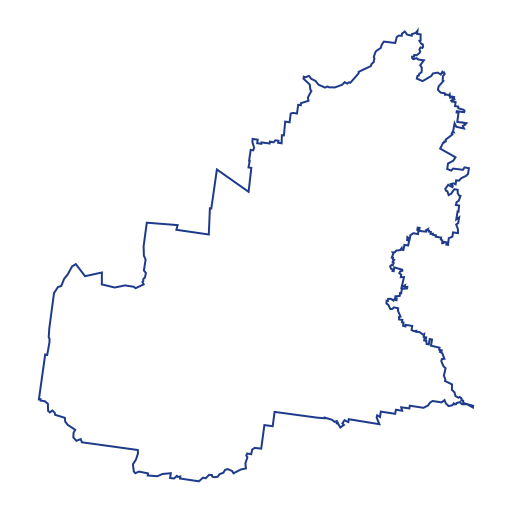 Toowoomba, Queensland, Australia (Mercator projection)
{"feature_id": "25037944B99590448240631", "entity_name": "Toowoomba", "entity_type": "district", "adm_level": 2, "iso_a3": "AUS", "parent_name": "Australia", "parent_adm1": "Queensland", "projection": "mercator", "projection_center": [151.96, -27.48], "detail": "fine", "context": "isolated", "style": "outline", "palette": "blue", "viewbox_px": 512, "rotation_deg": 0, "n_neighbors": 0, "source": "geoboundaries", "source_scale": "gbopen_adm2", "svg_char_len": 5972}
<svg xmlns="http://www.w3.org/2000/svg" viewBox="0 0 512 512"><path d="M245.9,468.4L245.4,463.3L247.4,457.2L246.3,455.5L247.2,453.5L251.2,454.2L252.2,449.6L254.7,447.9L261.2,448.6L264.4,425.1L272.7,426.2L274.6,411.9L316.7,417.6L324.7,418.3L324.7,417.6L332.1,419.8L334.6,421.9L336.7,421.1L336.7,422.8L337.5,422.7L337.1,423.5L338.2,423.8L340.3,427.5L343.9,424.9L342.4,423.4L344.5,420.2L348.3,422.1L348.8,419.2L379.4,424.2L376.6,417.5L377.2,415.3L380.0,417.0L380.8,411.6L395.2,413.8L395.9,409.8L402.2,410.7L401.2,407.3L409.4,408.4L409.8,405.7L423.5,407.8L428.0,405.5L430.1,402.5L432.6,401.0L441.7,402.4L444.5,400.1L445.8,403.3L448.6,406.1L452.2,405.3L453.8,403.4L454.5,404.4L456.2,404.1L456.5,403.1L459.8,402.1L462.1,404.3L467.1,404.2L472.9,407.5L473.1,405.8L463.3,403.0L463.2,400.7L461.3,400.4L461.6,398.5L459.7,397.0L458.5,397.7L455.5,396.1L454.5,392.4L451.9,389.8L452.0,384.4L445.0,381.0L445.4,379.7L443.9,375.6L445.6,368.2L443.5,366.3L441.3,361.1L441.9,359.0L444.4,358.8L442.3,353.2L439.2,351.5L441.3,351.8L441.7,350.3L439.2,349.8L439.5,347.7L431.0,345.7L432.0,339.5L429.7,339.1L428.8,344.4L426.6,344.0L426.3,340.8L424.2,340.5L424.5,338.2L426.0,338.5L426.2,337.4L423.7,337.0L424.1,334.2L423.3,334.8L419.6,332.1L416.2,331.8L416.3,330.8L414.1,331.2L411.6,330.1L412.2,325.9L405.6,324.9L405.4,326.4L403.1,325.8L403.5,322.6L402.0,322.3L402.4,319.9L399.1,319.5L399.0,317.0L400.5,316.6L397.9,310.6L398.2,308.3L394.0,307.4L392.0,309.1L390.3,309.0L388.3,304.8L386.4,303.5L386.6,300.8L387.8,301.0L388.1,298.9L390.8,298.8L393.3,300.5L393.5,299.6L396.5,300.1L396.7,298.4L395.2,298.2L395.4,296.3L399.7,295.9L400.1,293.0L401.2,293.2L401.9,288.9L407.1,288.4L407.3,286.9L405.3,287.0L404.6,286.5L404.9,285.4L401.6,287.3L404.0,277.1L400.8,277.1L401.2,274.7L399.3,273.1L400.2,271.4L402.4,270.7L402.2,269.7L394.2,267.4L393.7,271.2L392.5,271.0L392.8,269.5L391.0,268.7L390.1,266.3L391.8,264.8L392.7,265.2L393.7,263.0L392.6,262.0L394.1,259.9L392.8,259.4L393.0,257.7L391.8,257.5L393.4,253.5L392.6,252.4L394.9,252.3L396.2,250.6L400.2,250.1L401.6,248.1L401.8,249.7L403.4,250.0L404.4,244.9L408.1,245.5L409.2,240.4L407.1,240.1L407.4,237.1L409.7,239.0L410.4,235.2L413.4,233.2L418.0,234.1L418.5,230.8L417.3,230.1L417.7,227.6L419.6,227.9L419.1,230.8L422.2,231.3L426.0,231.6L426.1,230.1L427.7,229.2L427.3,230.2L429.0,230.5L428.8,231.6L430.9,232.0L430.6,233.9L432.9,233.7L432.8,234.8L435.9,235.3L435.7,236.7L441.1,237.6L440.8,239.5L442.3,240.3L442.2,243.2L443.5,243.1L444.1,241.9L446.5,242.3L446.3,244.6L448.0,244.9L448.8,238.1L452.4,236.7L453.0,232.4L458.0,233.1L457.9,229.1L456.2,224.5L458.2,223.1L459.1,217.4L456.3,219.4L457.6,211.4L458.5,211.6L459.1,205.5L455.9,205.0L456.6,202.1L458.7,200.8L460.5,196.0L459.1,195.6L457.7,193.1L457.7,189.8L454.3,189.2L451.2,193.7L448.7,195.1L447.3,191.2L445.9,190.6L445.3,188.9L448.2,184.8L452.3,187.1L452.8,186.1L451.0,184.0L453.4,183.4L455.6,184.3L456.2,180.3L459.0,180.7L461.2,178.2L465.9,176.0L468.0,174.0L468.9,168.2L464.5,167.4L463.0,169.8L453.1,168.6L451.2,170.6L447.2,169.0L448.0,163.5L453.2,160.8L455.5,157.3L440.2,148.6L443.0,143.0L444.3,142.4L444.2,141.6L445.8,141.4L445.7,139.6L452.3,134.6L451.7,133.6L452.3,132.4L453.8,132.4L453.1,131.2L454.6,123.3L456.3,126.8L464.0,128.5L462.8,125.9L465.0,124.8L464.2,123.4L465.5,124.1L466.4,123.2L457.3,121.9L458.5,112.7L456.6,112.5L456.8,111.2L464.1,112.2L464.6,111.0L463.7,109.8L458.3,108.3L458.2,106.6L455.0,106.1L455.6,102.1L451.7,101.5L451.2,100.6L454.5,99.4L454.2,98.5L451.6,98.4L453.6,97.9L454.0,97.0L451.8,96.5L450.2,97.5L449.7,94.2L448.8,95.4L446.4,94.4L445.1,94.9L444.8,93.3L440.6,92.6L437.9,89.8L438.6,86.5L443.4,80.9L442.7,80.4L442.9,76.1L444.7,74.0L443.9,72.3L442.8,72.7L442.3,71.9L440.8,74.5L437.6,72.6L432.9,73.5L431.3,76.0L422.6,81.1L416.8,78.6L417.5,75.8L418.8,75.6L419.1,74.0L421.6,72.1L421.8,67.6L420.2,65.2L423.9,60.3L418.3,59.5L416.6,58.2L413.3,59.2L412.2,58.1L412.1,56.7L414.0,56.6L414.3,55.0L416.5,55.3L419.4,53.1L420.2,51.8L419.4,49.6L420.5,47.5L422.4,47.9L423.1,46.8L422.8,44.4L421.4,44.0L419.4,40.8L420.6,40.3L420.6,34.4L417.1,33.9L417.5,30.7L415.7,32.9L411.9,34.1L411.7,35.7L407.1,34.6L404.8,31.5L402.0,33.6L401.7,35.8L398.9,35.6L396.8,36.9L395.2,43.0L383.9,41.6L381.9,44.4L380.8,47.9L376.2,51.0L375.1,52.8L373.8,57.1L374.4,58.4L373.7,62.1L371.4,64.2L370.8,66.1L358.7,71.8L358.6,73.4L350.3,82.8L349.0,82.3L347.1,83.6L344.6,82.2L342.3,84.7L335.0,87.4L329.1,87.3L327.5,86.5L325.1,87.6L318.5,84.7L315.5,80.9L311.2,78.8L309.0,75.9L305.3,77.3L303.8,76.7L303.5,78.7L309.8,84.6L310.3,89.6L311.4,90.9L307.9,97.5L308.5,100.8L300.9,103.2L300.8,105.2L298.2,104.8L297.0,113.5L292.8,112.9L290.7,113.6L289.6,122.3L285.2,121.6L283.9,135.4L281.9,135.2L281.6,143.3L278.2,142.8L278.5,140.8L275.4,140.3L273.6,142.3L269.9,141.6L269.6,143.5L261.5,142.4L261.3,143.8L257.2,143.2L257.7,139.7L252.6,138.9L252.4,142.0L254.1,147.8L253.2,150.3L250.7,149.9L249.1,160.7L249.7,160.9L248.5,167.4L251.3,167.9L248.6,191.8L216.9,169.5L211.3,208.5L209.9,208.3L208.8,234.5L176.4,229.8L177.6,225.1L146.8,222.7L143.6,246.3L143.9,255.7L145.6,259.6L143.9,270.5L145.9,272.9L145.0,277.4L143.3,279.0L143.3,280.9L142.4,281.9L143.7,284.4L135.6,288.2L133.8,286.8L125.1,285.4L114.7,287.5L101.8,284.4L101.9,272.5L85.1,276.2L75.8,264.1L72.0,266.5L67.7,274.5L64.2,278.7L61.3,285.9L57.9,287.1L54.0,293.1L49.3,328.3L48.7,337.3L49.5,338.6L49.5,342.0L47.2,355.0L45.2,354.5L38.9,399.4L40.5,399.2L40.6,400.6L44.8,401.2L47.9,403.8L48.1,410.9L49.9,412.4L52.4,410.5L54.7,412.8L55.1,414.8L64.8,417.8L65.2,421.5L67.6,424.8L75.2,429.8L73.6,432.6L73.3,437.4L76.4,440.8L80.7,439.1L81.9,442.3L137.8,450.0L138.0,453.3L136.0,459.5L132.9,464.3L133.8,471.4L135.3,473.2L139.0,471.6L148.0,473.4L147.7,475.5L157.4,476.2L162.5,474.0L170.8,473.2L170.1,478.0L174.1,478.5L176.8,475.9L177.6,476.9L180.3,476.5L180.0,478.5L198.9,481.3L203.0,477.7L205.7,478.3L209.0,474.9L211.9,475.0L212.3,476.6L214.2,477.2L217.6,476.8L219.5,474.2L223.4,472.7L225.1,469.8L227.8,469.1L232.1,471.0L233.5,473.3L240.8,469.5L245.9,468.4Z" fill="none" stroke="#1e3a8a" stroke-width="2"/></svg>